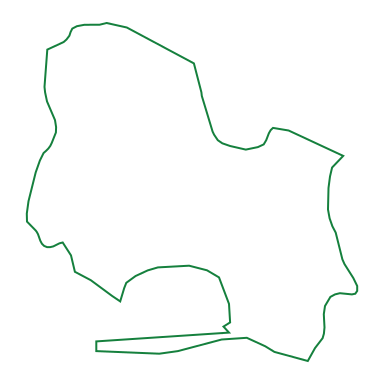 the Parish of Saint Andrew
{"feature_id": "JAM-1382", "entity_name": "Saint Andrew", "entity_type": "Parish", "adm_level": 1, "iso_a3": "JAM", "parent_name": "Jamaica", "parent_adm1": "", "projection": "natural_earth1", "projection_center": [-76.765, 18.048], "detail": "fine", "context": "isolated", "style": "outline", "palette": "green", "viewbox_px": 384, "rotation_deg": 0, "n_neighbors": 0, "source": "natural_earth", "source_scale": "10m", "svg_char_len": 1330}
<svg xmlns="http://www.w3.org/2000/svg" viewBox="0 0 384 384"><path d="M120.2,301.4L112.2,296.0L90.8,280.2L74.9,271.8L71.0,255.4L62.7,242.5L59.5,243.3L53.3,246.4L50.3,247.1L47.0,247.1L44.1,245.9L41.9,243.7L40.3,240.7L38.0,234.2L36.8,232.0L35.7,230.5L27.0,221.6L26.8,213.6L28.5,201.2L35.7,172.4L39.9,160.5L43.6,153.0L46.0,150.9L48.3,148.6L50.3,145.9L51.8,142.8L55.9,132.5L56.1,127.1L55.0,120.1L47.0,101.4L45.1,92.4L44.5,86.9L47.3,49.6L63.7,42.0L66.5,39.5L69.4,35.7L70.6,32.0L72.3,28.6L76.9,26.2L84.3,24.8L99.7,24.7L106.6,23.0L126.8,27.5L193.9,63.4L201.4,92.3L201.8,95.9L212.6,131.6L214.1,134.7L217.8,140.2L222.3,143.3L230.1,146.0L245.8,149.6L257.9,147.1L263.7,144.4L266.2,140.2L268.9,133.2L270.7,130.1L273.0,127.9L288.6,130.5L343.2,155.9L332.1,167.5L330.0,176.5L328.5,188.0L328.0,209.5L329.6,218.3L332.4,226.3L335.7,232.6L342.4,259.4L344.5,264.1L353.3,278.0L357.2,286.0L357.2,290.9L355.3,293.7L351.9,294.4L339.9,293.2L335.0,294.4L330.4,296.9L325.0,306.0L323.8,314.2L324.5,327.5L323.9,333.7L322.6,338.2L315.0,348.1L307.8,361.0L274.4,351.9L265.3,346.3L246.8,337.8L221.7,339.5L177.9,351.1L159.3,353.7L96.3,351.1L96.3,341.4L229.0,332.6L223.5,326.6L230.1,322.4L229.0,303.9L219.0,277.4L207.0,270.3L189.1,265.7L157.9,267.4L147.7,270.4L135.6,276.0L126.3,282.8L124.2,288.1L120.2,301.4Z" fill="none" stroke="#15803d" stroke-width="2"/></svg>